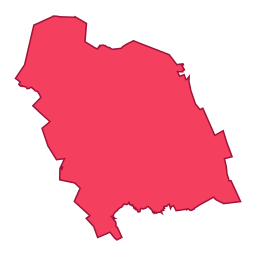 Ciudad del Maíz, San Luis Potosí, Mexico (Natural Earth projection)
{"feature_id": "50627088B28036330592327", "entity_name": "Ciudad del Maíz", "entity_type": "district", "adm_level": 2, "iso_a3": "MEX", "parent_name": "Mexico", "parent_adm1": "San Luis Potosí", "projection": "natural_earth1", "projection_center": [-99.716, 22.431], "detail": "fine", "context": "isolated", "style": "filled", "palette": "rose", "viewbox_px": 256, "rotation_deg": 0, "n_neighbors": 0, "source": "geoboundaries", "source_scale": "gbopen_adm2", "svg_char_len": 5211}
<svg xmlns="http://www.w3.org/2000/svg" viewBox="0 0 256 256"><path d="M182.9,63.8L176.8,64.6L169.2,54.7L138.0,42.6L133.4,40.7L130.7,42.2L127.8,43.5L122.9,46.5L121.3,48.3L112.3,49.3L111.0,48.8L110.7,48.5L110.4,48.3L110.1,48.0L110.0,47.9L109.9,47.7L109.5,47.4L109.1,47.5L108.7,47.6L108.3,47.5L108.0,47.4L107.8,47.3L107.6,47.2L107.2,47.1L106.9,46.8L106.7,46.6L106.4,46.5L106.2,46.4L106.0,46.2L105.6,46.1L105.2,45.6L104.8,45.6L104.3,45.5L103.9,45.2L103.4,45.1L102.4,45.2L100.6,45.4L99.8,46.4L99.6,45.8L97.4,48.9L94.9,47.8L85.0,41.7L86.5,23.5L77.7,18.3L74.9,16.7L74.7,17.3L74.3,17.2L72.1,17.2L60.0,16.8L58.8,16.6L58.1,16.4L56.4,16.2L53.0,16.1L52.7,16.6L52.4,16.7L33.9,25.1L31.9,33.4L24.6,64.8L15.4,78.5L16.8,79.3L20.2,82.1L18.9,84.1L19.3,85.0L19.6,84.9L19.8,85.5L20.1,85.4L20.5,86.0L21.4,85.5L21.8,86.2L22.1,86.5L22.9,86.1L24.1,86.5L24.8,86.8L25.6,86.9L26.4,87.2L26.9,88.5L27.3,88.7L29.3,88.3L30.5,87.5L31.7,87.3L32.0,87.6L32.4,88.4L33.5,89.1L34.1,89.3L34.4,90.1L34.7,90.5L37.8,91.7L38.8,93.5L39.6,94.6L40.4,96.5L40.8,97.5L32.8,105.8L40.3,112.9L49.9,121.5L47.6,123.7L44.8,126.0L42.0,128.3L48.0,146.0L56.5,159.7L64.5,158.7L61.1,166.0L61.9,166.4L62.6,167.5L61.8,169.2L60.8,167.4L60.7,167.5L60.5,167.2L59.9,168.5L59.7,179.8L70.1,182.0L71.9,182.4L72.4,182.4L73.5,182.6L74.6,183.1L75.6,183.7L77.1,185.2L80.2,188.2L78.5,191.8L74.3,201.4L74.9,202.0L89.9,215.7L86.2,218.3L94.2,227.1L94.3,228.1L97.7,237.5L110.0,232.2L114.5,237.9L116.8,239.9L121.9,237.4L117.5,227.6L115.7,225.5L115.9,225.3L115.9,225.0L115.9,224.7L116.0,224.4L116.0,224.2L116.0,223.8L115.9,223.5L115.8,222.5L115.7,222.3L115.6,221.8L115.3,221.4L115.1,221.1L114.7,220.8L114.5,220.6L112.8,218.5L113.7,218.7L114.3,218.8L115.1,218.5L114.7,218.4L114.4,217.8L114.0,217.6L113.8,217.4L113.6,216.9L113.0,216.8L112.7,216.6L112.6,216.3L112.3,216.2L111.9,216.2L112.3,215.9L112.8,215.5L113.2,215.3L113.4,215.0L113.6,214.7L113.7,214.4L114.1,213.5L114.3,213.2L114.7,212.9L114.9,212.5L115.3,212.1L115.5,211.8L115.9,211.6L116.1,211.3L116.7,210.8L117.2,210.6L117.5,210.4L117.7,210.2L118.2,209.0L118.8,208.8L119.2,208.4L119.9,207.9L120.2,207.7L120.6,207.5L121.2,207.4L121.5,207.2L121.8,206.9L122.0,206.6L122.1,206.4L122.5,206.1L122.7,205.8L123.0,205.5L123.2,205.1L123.3,204.7L123.6,204.4L124.0,204.0L124.3,203.9L124.8,204.1L125.6,204.4L126.1,204.5L126.3,204.5L126.6,204.5L127.5,204.4L127.7,204.2L127.8,204.1L128.0,203.9L128.2,203.7L128.6,203.0L128.9,202.4L129.1,202.8L129.3,202.8L129.5,203.7L129.6,204.1L129.8,204.4L130.1,204.7L130.2,204.9L130.3,205.0L130.5,205.0L130.6,204.9L130.8,204.8L131.0,205.0L131.2,204.9L131.5,204.9L131.8,205.1L132.2,204.9L132.3,205.5L132.6,205.2L132.8,205.2L132.8,205.4L132.8,205.5L133.0,205.7L133.4,206.1L133.4,206.6L133.7,207.5L133.8,207.9L134.0,207.9L134.3,207.8L134.5,207.9L134.5,208.0L134.6,207.9L134.8,208.0L135.0,207.9L134.9,207.9L135.0,207.8L135.1,208.1L135.0,208.3L134.9,208.4L135.0,208.5L135.3,208.6L135.4,208.8L135.5,208.9L135.7,209.0L135.8,208.9L135.8,209.0L135.9,209.3L135.7,209.4L135.6,209.5L135.8,209.7L136.0,209.7L136.3,209.7L136.6,209.6L137.0,209.5L137.3,209.7L137.4,209.9L137.4,210.6L137.4,210.8L137.6,211.3L137.9,211.7L138.1,211.9L138.4,212.0L138.7,211.9L139.4,211.9L139.6,211.8L139.9,211.6L140.0,211.5L140.1,211.0L140.2,210.5L140.2,210.2L140.0,209.8L140.7,209.0L141.2,208.5L141.7,208.6L142.2,208.8L142.8,208.8L143.0,208.9L143.6,208.9L144.3,208.6L144.6,208.4L145.2,208.3L145.9,208.1L146.0,207.9L146.5,207.3L146.7,207.2L146.9,207.0L147.1,206.8L147.8,206.6L148.2,206.6L148.6,206.7L148.9,207.3L149.1,207.6L149.7,207.8L150.2,208.5L150.4,208.8L150.6,208.7L150.8,208.7L151.0,209.0L151.2,209.3L151.5,209.5L151.7,209.9L152.4,211.2L152.5,211.4L152.5,211.6L152.8,212.3L154.0,211.5L154.2,211.9L154.2,212.4L154.1,212.6L154.0,212.8L154.1,213.4L156.3,212.2L156.6,212.5L156.5,213.1L157.5,212.6L158.6,212.3L158.8,212.3L159.1,212.4L159.8,212.2L160.4,212.0L160.6,212.0L161.1,212.6L161.8,213.1L162.1,213.3L161.9,212.8L161.6,212.3L161.5,211.7L161.4,211.4L161.3,210.6L161.7,210.5L162.4,210.5L162.5,210.5L162.9,210.4L163.7,210.4L163.4,209.6L163.3,209.2L163.6,209.1L163.5,208.7L163.8,208.5L164.5,208.3L164.4,208.1L164.4,207.9L164.3,207.6L164.3,207.4L164.1,207.0L163.9,207.0L163.7,206.8L163.7,206.7L164.3,206.6L164.6,206.5L165.0,206.5L165.5,206.3L165.9,206.4L166.2,206.3L166.4,206.2L166.8,206.2L167.0,206.0L167.2,205.8L167.4,205.4L167.6,205.2L168.3,204.8L169.1,204.2L170.6,208.5L171.4,206.5L173.6,205.8L174.2,206.9L174.4,207.4L174.9,207.8L175.1,208.6L175.4,209.0L175.4,209.5L175.9,210.1L176.1,210.7L186.3,209.2L186.7,209.8L187.7,208.6L188.1,208.9L188.5,209.2L189.1,209.5L189.5,209.6L189.8,210.1L190.1,210.2L190.8,210.4L191.7,210.3L192.5,209.9L193.1,209.4L193.5,209.0L193.7,208.8L194.1,209.0L194.2,208.4L200.4,204.4L213.8,197.1L214.8,198.7L216.3,199.9L223.7,203.6L240.6,201.6L231.0,180.7L229.2,181.0L228.9,180.0L227.0,173.8L226.3,166.6L225.8,164.5L224.4,158.7L232.1,156.7L227.1,143.4L226.4,141.4L223.2,130.7L214.8,135.4L202.8,108.2L200.0,109.6L195.4,103.9L190.5,89.5L190.5,88.5L188.9,81.3L189.2,76.4L187.4,78.7L187.3,79.0L185.9,79.7L184.1,74.6L179.7,76.3L177.4,71.7L182.8,71.8L183.2,69.7L184.3,69.9L184.0,68.9L183.7,68.4L183.4,67.9L183.1,67.4L182.3,66.1L182.0,65.5L181.8,65.2L183.4,64.9L182.9,63.8Z" fill="#f43f5e" stroke="#9f1239" stroke-width="1.5"/></svg>